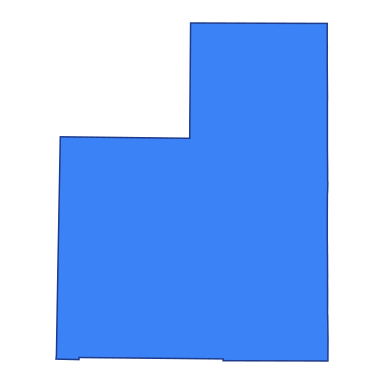 the district of Lincoln, Nevada, United States of America
{"feature_id": "52423323B70783042425825", "entity_name": "Lincoln", "entity_type": "district", "adm_level": 2, "iso_a3": "USA", "parent_name": "United States of America", "parent_adm1": "Nevada", "projection": "orthographic", "projection_center": [-114.284, 37.76], "detail": "fine", "context": "isolated", "style": "filled", "palette": "blue", "viewbox_px": 384, "rotation_deg": 0, "n_neighbors": 0, "source": "geoboundaries", "source_scale": "gbopen_adm2", "svg_char_len": 776}
<svg xmlns="http://www.w3.org/2000/svg" viewBox="0 0 384 384"><path d="M327.9,332.0L327.7,315.8L327.7,315.4L327.5,313.0L327.6,307.4L327.6,305.0L327.6,300.4L327.6,289.1L327.5,279.9L327.5,279.7L327.6,278.2L327.5,263.9L327.5,255.1L327.4,252.7L327.4,245.2L327.3,241.5L327.3,239.6L327.3,236.9L327.3,223.0L327.3,220.8L327.3,215.0L327.4,194.8L327.4,194.6L327.5,192.9L327.6,191.2L327.8,183.0L327.6,180.5L327.6,175.2L327.6,169.9L327.4,148.1L327.4,120.7L327.4,102.0L327.5,99.3L327.3,73.6L327.2,56.0L327.3,48.0L327.3,47.2L327.2,42.6L327.2,23.4L311.6,23.4L310.7,23.4L190.6,23.0L189.7,138.3L60.3,136.8L57.7,279.5L56.4,355.5L56.0,359.1L79.0,359.6L79.0,357.5L223.1,358.9L223.1,360.7L311.0,360.9L327.9,361.0L328.0,339.9L327.9,332.0Z" fill="#3b82f6" stroke="#1e3a8a" stroke-width="1.5"/></svg>